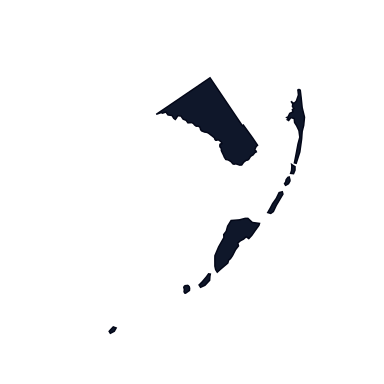 Monroe, United States of America (Natural Earth projection), rotated 326°
{"feature_id": "52423323B83657020181819", "entity_name": "Monroe", "entity_type": "district", "adm_level": 2, "iso_a3": "USA", "parent_name": "United States of America", "parent_adm1": "", "projection": "natural_earth1", "projection_center": [-81.165, 25.16], "detail": "fine", "context": "isolated", "style": "filled", "palette": "ink", "viewbox_px": 384, "rotation_deg": 326, "n_neighbors": 0, "source": "geoboundaries", "source_scale": "gbopen_adm2", "svg_char_len": 2728}
<svg xmlns="http://www.w3.org/2000/svg" viewBox="0 0 384 384"><g transform="rotate(326 192 192)"><path d="M270.8,107.4L219.4,107.6L205.8,107.6L210.7,108.9L211.7,110.2L215.1,111.1L215.2,114.7L218.2,117.4L218.1,120.7L218.7,122.5L220.0,122.1L222.9,120.8L225.3,122.8L225.4,126.7L227.2,129.3L227.3,132.4L230.7,134.4L231.5,136.1L231.6,137.8L232.3,139.8L234.1,141.0L234.6,142.3L234.8,142.9L234.0,145.2L234.2,146.8L236.0,149.4L237.4,150.6L238.5,152.2L240.9,159.5L240.9,160.0L240.5,160.6L240.5,162.2L241.5,163.0L242.9,163.1L244.2,166.5L244.1,167.7L243.7,168.6L242.3,168.0L241.7,168.3L240.8,169.4L240.4,170.4L240.7,171.3L240.3,172.9L239.6,173.8L239.3,175.0L238.6,179.8L238.3,180.8L238.2,183.9L240.0,185.7L240.9,187.7L241.4,189.0L241.6,191.5L242.4,192.5L243.8,193.0L244.7,193.9L246.6,196.4L248.3,197.4L251.5,196.2L254.5,196.0L255.9,196.6L257.1,196.7L260.1,195.4L261.6,195.2L263.2,195.4L266.2,194.5L267.8,194.7L268.0,193.6L267.7,192.8L267.9,191.8L270.6,190.2L272.5,189.9L272.5,181.1L272.0,165.2L270.8,165.3L270.8,125.6L270.8,113.2L270.8,107.4ZM168.2,269.6L168.1,272.6L172.2,272.0L182.0,270.9L184.2,269.0L186.5,268.8L190.0,267.4L195.8,264.2L200.4,262.7L201.4,259.9L204.8,259.5L208.4,259.9L211.9,259.4L213.0,262.4L217.3,261.4L222.7,259.3L228.8,257.1L230.4,255.8L225.0,251.0L223.6,245.1L221.4,243.6L215.7,241.6L208.5,237.5L202.5,240.2L198.4,243.7L194.5,245.0L193.0,247.6L183.4,252.4L175.4,257.6L173.7,260.0L169.5,266.3L168.2,269.6ZM336.7,166.8L336.5,167.3L334.5,171.1L329.3,175.0L326.2,175.6L325.0,173.4L325.1,172.9L324.8,172.9L324.8,175.3L323.1,177.2L323.1,179.8L321.3,179.8L320.5,182.0L317.0,181.5L313.5,183.5L312.2,183.2L313.0,185.8L311.5,185.5L312.1,186.8L315.5,185.6L317.8,188.2L315.9,191.8L315.8,195.6L315.0,200.9L312.0,206.9L306.8,211.4L300.8,217.5L293.2,225.1L294.4,226.5L303.8,219.1L312.5,209.4L317.2,203.4L321.8,199.3L327.1,192.9L330.5,183.7L335.2,174.9L338.7,168.1L338.5,167.8L338.2,167.0L337.5,166.6L337.2,166.5L336.7,166.8ZM243.3,251.4L245.3,253.8L248.5,253.7L254.4,250.2L266.2,244.6L267.0,242.3L263.9,241.2L258.2,244.5L252.4,246.7L247.8,249.2L243.3,251.4ZM145.9,273.0L145.8,275.8L150.6,276.6L157.2,275.1L159.8,271.8L161.3,270.3L160.0,269.1L156.5,270.4L150.1,272.2L145.9,273.0ZM129.6,270.3L129.5,271.8L130.1,272.3L134.8,272.2L136.1,270.6L136.7,269.1L136.5,267.5L136.2,267.0L133.9,265.8L132.8,265.9L131.9,266.4L131.1,268.6L129.6,270.3ZM284.2,231.7L286.4,233.6L289.6,231.5L291.6,228.6L290.5,226.2L290.0,224.9L289.3,226.3L286.6,229.8L284.2,231.7ZM273.3,238.8L273.8,238.9L276.6,239.1L279.3,237.7L279.9,236.9L280.2,236.1L281.0,233.9L279.7,233.5L277.0,234.4L275.2,236.1L273.4,236.8L273.3,238.8ZM45.4,261.2L45.3,263.5L49.7,264.0L53.1,262.3L51.3,259.8L47.3,260.7L45.4,261.2Z" fill="#0f172a" stroke="#020617" stroke-width="1.5"/></g></svg>